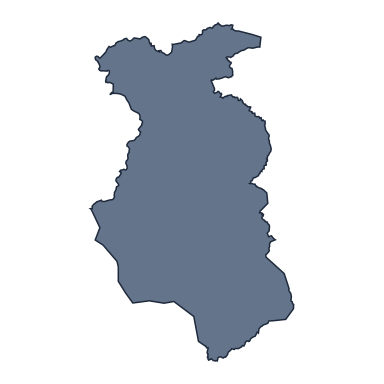 the district of Nuevo Urecho, Michoacán, Mexico
{"feature_id": "50627088B91351647452865", "entity_name": "Nuevo Urecho", "entity_type": "district", "adm_level": 2, "iso_a3": "MEX", "parent_name": "Mexico", "parent_adm1": "Michoacán", "projection": "robinson", "projection_center": [-101.855, 19.159], "detail": "fine", "context": "isolated", "style": "filled", "palette": "slate", "viewbox_px": 384, "rotation_deg": 0, "n_neighbors": 0, "source": "geoboundaries", "source_scale": "gbopen_adm2", "svg_char_len": 5911}
<svg xmlns="http://www.w3.org/2000/svg" viewBox="0 0 384 384"><path d="M249.3,341.3L249.2,340.9L249.9,340.5L250.8,338.5L253.0,337.1L255.3,336.1L257.1,332.2L258.4,333.1L259.0,328.8L260.7,326.8L262.1,326.1L263.2,325.0L267.7,323.4L269.0,320.9L272.7,320.8L285.7,319.4L293.5,308.7L293.6,304.3L292.6,303.8L292.2,301.7L290.9,300.8L291.4,296.8L290.8,293.5L288.6,290.1L289.1,288.8L284.2,273.6L266.1,257.2L266.0,256.8L265.8,254.6L267.3,253.5L269.3,250.8L268.9,248.3L269.6,246.4L269.5,244.6L270.0,242.8L271.0,241.6L275.3,239.8L273.7,238.7L271.5,235.9L270.8,235.9L268.7,236.8L267.2,233.2L269.2,230.8L269.5,226.0L269.3,225.2L268.6,224.3L267.8,223.8L267.2,222.0L266.0,222.0L265.5,221.3L265.0,221.3L264.5,220.2L263.0,219.6L262.0,218.1L261.8,217.3L262.8,216.6L263.5,214.6L262.9,214.3L262.3,215.1L261.8,214.7L262.6,213.9L262.6,213.5L261.5,212.9L259.9,213.0L259.7,212.7L260.4,212.5L260.0,211.4L260.3,210.7L261.0,210.3L267.8,203.3L266.8,193.0L263.4,189.7L262.3,189.4L261.8,188.6L259.2,187.9L257.6,187.0L257.0,187.0L256.7,186.1L255.7,185.9L255.1,184.2L253.4,184.1L251.7,183.4L250.5,183.7L249.8,183.5L250.5,183.1L251.0,180.9L252.1,180.7L253.4,177.7L254.9,177.7L258.5,175.6L258.8,174.2L259.8,173.7L260.4,171.6L260.9,171.2L261.8,171.6L262.3,169.4L264.2,168.8L264.0,166.8L264.3,165.5L266.0,165.3L266.4,164.6L265.8,162.9L266.6,161.9L266.7,161.2L267.4,161.0L267.4,159.2L266.6,159.0L266.7,158.5L267.4,157.5L267.6,156.1L268.5,155.2L269.6,152.8L270.7,151.5L271.2,148.9L270.3,145.1L269.4,143.1L269.4,141.0L269.1,140.1L268.6,139.7L268.7,137.1L269.2,136.1L268.8,134.4L267.8,133.4L265.4,129.6L265.5,128.7L264.6,124.9L265.2,123.9L265.0,121.1L264.1,121.1L263.3,120.1L262.1,120.7L261.6,120.3L261.7,119.4L261.4,119.2L261.1,117.7L259.7,118.1L259.6,117.4L258.6,116.5L257.3,116.8L255.2,116.1L254.9,115.6L255.0,114.4L254.7,113.2L253.1,113.4L252.6,112.9L252.3,113.1L251.7,112.3L251.9,111.7L249.1,110.7L249.1,110.3L250.6,107.8L250.6,106.9L247.7,106.7L246.6,105.4L245.6,105.2L245.4,104.2L244.0,104.0L243.2,103.1L243.1,102.5L242.5,102.2L242.3,101.7L242.6,101.4L242.3,100.6L240.4,98.9L240.0,100.3L238.9,100.6L238.1,100.1L238.0,98.7L237.5,97.4L235.5,97.4L234.9,97.7L234.0,96.7L232.9,97.0L232.2,96.2L231.5,94.9L227.3,95.6L226.7,96.6L225.9,96.2L224.2,96.9L223.1,98.2L221.9,97.3L220.2,96.9L221.7,94.3L221.3,93.4L220.3,93.6L218.6,91.4L217.8,91.5L217.1,92.3L214.4,93.3L213.3,91.7L214.5,90.3L214.5,88.7L211.1,80.3L211.8,79.8L212.4,80.2L213.4,80.0L215.7,78.3L215.7,78.8L216.8,79.2L217.9,78.8L218.9,79.0L221.8,78.1L225.3,76.7L228.5,77.8L229.9,77.1L231.7,76.7L231.9,75.8L232.9,75.1L232.6,73.6L232.7,71.5L232.0,68.5L230.2,67.7L229.5,66.8L229.7,65.3L231.3,62.9L230.8,62.2L229.0,61.5L229.0,60.8L227.5,59.9L227.6,58.9L226.1,57.9L227.0,56.8L230.6,57.1L230.8,57.4L233.4,55.8L234.0,54.4L235.6,53.5L237.2,53.3L241.2,50.7L243.8,50.2L247.7,47.9L248.9,47.7L252.7,48.2L255.8,47.5L256.6,47.1L257.8,47.2L258.5,46.8L259.8,47.1L260.9,37.2L251.5,34.3L238.9,31.1L236.0,30.9L234.0,30.3L232.6,28.7L231.7,28.9L232.2,28.2L232.8,25.2L231.1,24.8L229.1,25.7L227.5,25.2L226.0,25.3L222.3,26.2L221.6,26.0L219.8,24.6L219.1,24.6L219.0,23.9L218.1,23.0L216.9,24.4L215.1,24.9L214.3,25.9L213.4,26.2L212.6,28.0L212.1,28.2L210.2,27.4L207.2,28.4L206.9,29.1L205.7,29.9L203.7,29.8L202.5,30.7L202.6,32.3L202.2,33.9L201.5,34.8L199.1,34.6L199.4,35.8L197.7,36.3L195.7,39.8L195.1,40.3L189.5,42.0L188.2,42.0L185.2,40.7L184.0,40.6L181.1,42.9L173.4,44.4L172.2,44.2L172.5,47.1L171.6,52.1L169.6,54.0L167.5,55.2L165.7,54.8L164.1,53.3L162.0,52.5L160.9,50.5L158.9,50.7L159.3,51.8L156.0,50.6L154.6,48.5L154.1,45.7L151.2,46.0L151.2,43.4L150.7,43.2L149.9,43.6L148.6,39.4L145.8,37.0L144.8,36.6L142.1,37.3L140.2,38.9L134.1,37.9L131.6,40.3L129.9,41.1L127.8,40.1L126.7,38.5L126.3,38.4L124.3,38.9L123.0,40.0L121.1,40.9L118.2,41.6L116.2,42.8L114.7,45.6L113.4,45.8L110.6,47.2L109.0,46.5L106.8,49.7L105.8,52.3L104.7,53.1L104.4,53.9L104.1,53.9L100.2,58.1L99.4,57.9L98.0,56.5L96.5,56.2L95.2,57.2L95.3,58.7L95.7,59.8L97.9,61.4L97.9,62.1L98.8,63.4L99.7,65.5L100.0,67.3L98.9,68.5L98.9,69.3L99.7,70.3L100.9,70.9L103.0,70.8L107.2,71.1L108.1,70.4L109.0,70.6L109.4,71.1L109.3,73.1L108.6,74.8L106.5,76.8L105.6,81.2L106.0,82.3L106.5,81.8L107.6,82.7L109.7,82.4L113.3,84.1L113.1,91.6L112.6,92.3L111.8,92.4L109.8,94.6L112.8,93.3L117.6,93.5L120.8,94.1L125.0,96.2L126.8,99.9L128.9,102.9L131.3,109.2L133.3,110.7L138.9,113.5L139.9,115.6L140.1,116.5L139.8,119.5L140.9,119.9L142.4,121.2L142.5,122.7L141.9,123.6L141.7,125.2L138.4,129.3L138.9,130.5L140.7,132.1L140.2,132.7L139.8,134.8L138.5,136.3L136.3,137.5L135.2,139.5L133.7,140.6L130.0,141.1L128.9,141.8L128.0,142.8L127.0,144.5L126.9,145.9L128.1,146.7L128.8,147.5L129.4,148.8L129.4,149.7L129.0,150.9L129.1,152.4L128.1,153.7L127.7,155.2L128.0,158.7L127.1,160.3L126.1,161.3L125.9,163.4L126.8,165.3L127.2,167.2L127.1,168.3L126.3,169.6L125.8,170.0L123.7,169.3L122.6,170.0L120.9,170.1L120.2,170.7L119.6,171.5L120.1,171.7L120.7,172.8L120.9,172.4L121.2,173.1L120.7,174.3L118.8,177.1L117.4,177.3L116.3,178.6L115.9,180.8L118.6,184.4L118.6,185.2L118.3,186.0L116.6,186.7L116.3,187.4L116.1,189.6L114.4,192.5L114.4,194.3L114.1,195.2L114.5,197.1L112.9,199.4L112.1,199.7L110.0,199.9L104.4,201.5L102.0,201.4L101.4,200.2L96.6,201.9L95.4,203.1L93.9,204.1L92.2,206.2L92.3,208.4L90.4,208.7L91.2,209.3L99.9,227.7L95.2,240.0L103.0,245.0L117.0,261.3L118.3,266.9L118.3,281.3L125.7,293.1L132.8,303.0L149.3,300.8L164.0,303.2L173.9,301.5L193.8,316.5L198.5,341.4L205.5,346.2L206.0,346.2L206.5,347.8L208.2,347.8L207.1,352.6L207.6,354.0L208.0,354.0L207.9,355.7L207.4,357.1L208.1,357.4L207.9,358.7L208.6,360.1L210.5,359.4L210.7,358.9L211.5,358.9L213.2,360.5L215.8,361.0L216.5,360.6L217.3,360.9L218.0,357.9L218.6,357.1L221.2,356.9L222.1,357.6L223.4,358.0L224.4,357.1L225.6,357.1L227.5,354.7L228.2,352.2L230.5,350.4L231.8,348.7L234.2,349.5L235.2,348.5L238.3,348.6L241.4,347.0L242.3,345.7L243.9,346.0L245.0,343.9L245.2,342.6L246.4,341.2L247.5,341.0L248.8,341.5L249.3,341.3Z" fill="#64748b" stroke="#1e293b" stroke-width="1.5"/></svg>